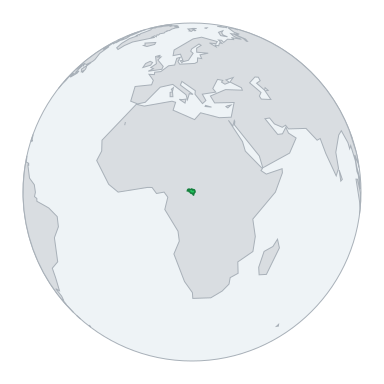 Ombella-M'Poko highlighted on a globe, orthographic projection
{"feature_id": "CAF-4856", "entity_name": "Ombella-M'Poko", "entity_type": "Prefecture", "adm_level": 1, "iso_a3": "CAF", "parent_name": "Central African Republic", "parent_adm1": "", "projection": "orthographic", "projection_center": [18.055, 4.882], "detail": "fine", "context": "on_globe", "style": "filled", "palette": "green", "viewbox_px": 384, "rotation_deg": 0, "n_neighbors": 0, "source": "natural_earth", "source_scale": "10m", "svg_char_len": 7999}
<svg xmlns="http://www.w3.org/2000/svg" viewBox="0 0 384 384"><circle cx="192" cy="192" r="169" fill="#eef3f6" stroke="#a8b0b8"/><path d="M135.4,32.8L131.3,34.3L127.2,36.0L135.4,32.8ZM96.2,52.8L99.1,50.9L105.1,47.1L107.5,45.7L114.0,42.2L113.9,42.5L110.3,45.0L105.0,48.1L103.2,49.5L109.1,46.6L99.8,53.3L95.0,59.5L92.5,61.5L86.3,64.5L84.4,63.5L76.4,69.4L82.5,65.6L76.1,71.7L75.5,73.0L76.3,72.9L79.1,70.8L77.1,73.2L70.3,77.2L72.0,75.1L74.2,73.7L73.2,73.5L68.6,77.2L65.8,80.5L61.9,84.2L59.8,86.8L58.3,88.7L66.7,78.6L75.9,69.3L85.7,60.6L96.2,52.8ZM26.7,157.0L27.0,155.8L25.2,165.5L26.9,157.0L26.3,162.1L28.5,163.2L27.9,165.3L29.5,178.1L34.3,184.7L35.4,192.3L34.5,196.6L36.8,198.4L36.9,201.3L48.8,208.0L57.2,216.6L58.4,226.8L54.4,237.7L57.7,261.8L52.3,268.2L55.6,277.7L59.5,290.8L55.7,288.7L61.6,296.1L63.4,299.8L62.2,299.4L66.2,304.2L65.5,303.9L68.9,307.4L73.7,312.6L65.0,303.5L57.1,293.7L49.9,283.4L43.5,272.6L37.9,261.3L33.2,249.7L33.1,249.3L33.0,249.2L29.0,236.4L26.0,223.4L24.0,210.2L23.1,196.8L23.3,183.5L24.5,170.2L26.7,157.0ZM76.5,315.3L79.8,318.4L80.6,319.0L76.5,315.3ZM113.6,42.3L112.5,43.0L113.6,42.3ZM120.6,38.9L118.0,40.1L117.8,40.2L120.6,38.9ZM142.3,30.8L142.5,30.6L145.1,29.8L142.3,30.8ZM154.8,27.2L151.9,27.9L150.8,28.3L148.5,28.9L150.2,28.3L154.8,27.2ZM159.0,26.3L158.4,26.4L158.2,26.5L158.5,26.4L159.0,26.3ZM162.0,25.7L160.9,25.9L160.6,26.0L162.0,25.7ZM167.9,24.8L161.6,25.9L159.3,26.3L165.8,25.1L167.9,24.8ZM89.5,326.0L88.8,325.1L90.1,326.0L90.9,326.9L89.5,326.0ZM349.9,132.0L349.0,129.6L350.9,135.6L356.2,152.1L357.5,158.0L358.8,167.5L358.2,163.7L354.8,154.9L356.8,167.1L359.5,177.1L360.5,189.2L359.6,185.6L358.3,175.0L357.0,171.6L355.4,160.9L350.7,145.6L349.7,148.8L347.9,142.6L341.3,130.7L338.7,135.1L335.8,152.3L338.5,168.4L336.2,175.9L325.8,153.5L320.2,138.5L317.1,140.2L306.0,128.4L288.5,128.9L285.5,125.2L282.3,127.3L274.4,123.9L269.6,118.0L265.0,118.7L277.7,134.4L282.5,133.8L285.8,127.3L288.5,133.1L296.1,138.0L289.6,153.1L262.8,167.8L259.3,155.9L234.5,125.0L234.8,121.5L234.7,121.1L234.3,120.4L232.9,126.1L228.4,120.3L242.5,141.6L245.3,151.1L262.4,168.6L261.0,170.6L266.3,174.1L282.1,168.7L282.4,172.8L275.4,192.1L252.8,219.1L255.3,236.5L252.9,251.5L237.8,261.9L238.1,273.3L230.2,277.6L229.0,284.1L222.1,291.1L210.8,297.8L192.8,298.4L192.4,292.6L184.5,281.5L173.9,254.0L179.3,241.1L178.0,231.2L164.8,209.5L167.8,197.2L164.1,192.1L156.5,193.5L152.1,187.5L147.5,187.4L118.1,192.1L108.7,184.3L96.7,160.5L101.7,151.0L102.0,140.2L136.3,104.3L144.3,106.1L172.0,101.2L175.6,102.3L173.1,110.2L194.6,119.6L200.6,112.8L219.3,117.7L231.2,117.2L234.1,102.5L214.6,102.9L210.4,96.0L225.5,89.6L242.4,90.2L241.4,87.7L230.0,82.0L233.2,77.5L226.0,79.9L229.4,82.4L224.9,84.2L221.5,82.1L222.8,80.4L217.5,79.4L212.8,88.5L215.8,92.1L202.3,94.2L205.9,100.5L202.5,103.6L195.0,94.2L195.3,90.7L181.9,81.4L180.4,85.1L193.0,94.4L189.3,93.7L187.5,99.7L186.0,94.7L172.8,84.4L160.2,87.2L145.2,102.3L137.6,103.9L130.7,101.2L135.1,86.5L151.6,84.8L153.3,80.3L149.0,74.3L154.4,74.6L154.7,72.2L160.8,71.6L168.6,65.8L174.7,65.0L176.8,58.3L180.3,57.3L178.0,61.4L179.7,64.2L194.8,63.4L197.4,62.0L197.6,57.9L201.7,58.6L200.0,54.8L208.2,53.2L196.7,52.2L196.6,48.2L201.1,45.3L199.0,44.0L191.7,48.9L190.7,51.2L193.1,53.3L188.4,60.3L183.4,61.6L180.5,54.2L173.1,55.6L174.1,50.0L193.1,38.9L201.6,37.2L217.3,41.6L215.9,43.7L209.5,43.0L216.2,46.9L215.3,45.0L218.7,45.8L219.5,42.9L221.9,43.4L218.5,40.0L221.6,40.3L223.7,42.4L227.5,39.2L233.7,39.6L233.4,38.7L231.3,37.6L240.6,39.2L240.0,38.5L236.7,37.7L233.2,35.9L230.8,33.6L234.1,34.2L235.5,35.1L243.3,38.5L246.4,41.3L247.5,41.4L245.6,39.1L236.1,35.0L233.6,33.5L238.4,35.1L236.5,34.4L236.4,33.9L239.3,34.1L234.2,32.3L227.9,27.7L233.1,28.4L238.0,29.9L237.3,29.2L248.9,32.9L260.2,37.4L271.2,42.7L281.7,48.8L291.8,55.6L301.3,63.2L310.3,71.4L318.7,80.2L326.4,89.6L333.4,99.5L339.7,109.9L345.2,120.8L349.9,132.0ZM125.4,122.0L124.7,125.2L125.4,122.0ZM261.3,99.1L270.9,99.5L265.0,90.8L268.2,90.4L265.1,87.7L264.6,90.2L256.6,83.2L260.2,80.7L258.3,77.2L254.9,77.0L249.6,82.8L261.0,92.5L259.4,96.1L261.3,99.1ZM28.7,163.1L28.7,165.2L28.2,165.0L28.7,163.1ZM32.4,139.7L32.5,140.9L31.8,141.3L32.4,139.7ZM31.8,138.2L33.2,134.4L32.2,139.1L31.0,141.2L31.5,139.2L31.8,138.2ZM76.5,71.4L77.0,71.2L77.3,71.7L76.0,72.5L76.5,71.4ZM85.7,68.9L82.3,72.8L83.8,70.3L81.3,71.9L81.4,69.2L91.2,62.5L86.8,65.8L85.7,68.9ZM84.3,64.4L83.1,66.4L84.0,64.5L84.3,64.4ZM150.2,61.3L152.6,62.5L150.6,65.2L142.9,67.5L145.6,63.5L150.2,61.3ZM156.4,63.7L155.6,56.5L160.4,55.2L157.9,57.1L161.1,56.9L157.9,60.0L163.2,66.4L161.8,69.3L148.3,71.2L153.4,68.7L150.8,67.5L156.4,63.7ZM145.2,44.9L145.0,43.1L155.7,42.5L154.7,44.4L146.9,46.5L143.5,45.5L145.2,44.9ZM127.3,36.2L126.5,36.4L127.9,35.9L129.6,35.2L127.3,36.2ZM145.8,29.5L146.1,29.4L142.8,30.4L145.5,29.7L140.6,31.2L142.2,30.8L132.2,35.1L130.8,35.4L126.6,38.2L121.3,40.3L124.1,38.3L116.9,42.3L117.4,41.4L112.9,44.1L119.8,39.5L119.9,39.2L121.9,38.7L126.8,36.6L128.9,35.7L135.1,33.0L137.0,32.3L145.8,29.5ZM178.6,26.4L174.4,26.5L179.1,27.5L174.2,28.1L175.1,28.1L171.8,29.1L169.4,30.6L167.0,30.8L167.1,31.3L164.9,32.1L164.2,33.0L159.8,33.8L158.5,35.1L157.1,34.8L156.2,36.8L154.9,35.7L152.0,37.1L154.8,37.4L132.6,42.0L124.3,45.6L118.0,49.5L116.7,47.8L121.6,43.4L129.7,38.5L137.9,35.7L135.8,35.7L139.1,34.4L139.4,34.9L140.9,33.5L143.7,32.6L150.9,29.8L151.4,28.8L154.0,28.0L155.2,28.0L157.0,27.2L161.1,26.8L163.1,26.3L169.1,25.7L170.2,26.4L172.4,25.8L177.0,25.6L178.6,26.4ZM169.6,24.7L172.1,24.8L170.7,25.4L160.8,26.3L158.5,26.8L152.1,28.0L154.3,27.3L155.9,27.0L158.0,26.5L156.5,26.9L159.3,26.3L161.6,26.0L164.4,25.5L169.6,24.7ZM179.3,99.3L182.0,99.6L186.1,99.1L185.0,103.1L179.3,99.3ZM170.1,92.4L172.5,91.8L172.9,96.7L170.1,96.7L170.1,92.4ZM173.4,87.6L172.5,91.4L171.3,89.3L173.4,87.6ZM180.2,60.8L182.7,60.2L183.1,61.2L181.9,62.7L180.2,60.8ZM191.4,31.4L189.2,30.9L189.9,30.5L188.0,29.0L191.5,28.7L194.0,29.5L191.4,31.4ZM231.0,105.0L227.8,107.9L225.9,106.6L227.4,105.8L231.0,105.0ZM205.5,105.4L211.5,107.1L205.1,106.5L205.5,105.4ZM194.8,30.8L193.7,30.1L196.1,30.4L194.8,30.8ZM193.9,28.4L196.7,28.6L191.7,28.5L193.9,28.4ZM278.6,324.3L278.4,326.1L276.4,326.4L278.6,324.3ZM279.4,247.9L266.4,274.4L259.1,274.8L258.7,267.3L264.1,251.4L272.9,246.5L277.5,239.2L279.4,247.9ZM359.5,214.1L359.6,212.8L360.0,209.8L360.0,210.0L359.5,214.1ZM360.0,209.7L359.6,201.9L356.0,179.1L357.4,179.2L360.5,192.8L360.4,195.2L360.6,201.5L360.0,209.7ZM339.1,169.9L342.3,179.4L340.8,181.1L339.1,169.9ZM352.1,137.9L352.2,138.4L351.4,136.0L350.9,134.7L352.1,137.9ZM222.9,30.7L221.6,32.9L223.1,35.0L227.5,36.8L220.7,35.6L218.5,32.3L222.9,30.7ZM227.0,27.8L223.1,26.8L225.0,27.0L226.2,27.3L227.0,27.8ZM224.4,27.4L219.1,26.7L217.1,26.1L221.7,26.7L224.4,27.4ZM207.1,27.8L206.4,28.4L204.5,28.0L207.1,27.8Z" fill="#d9dde1" stroke="#a8b0b8" stroke-width="1"/><path d="M195.1,191.9L195.0,192.0L194.9,192.0L194.8,192.3L194.7,192.4L194.7,192.5L194.4,192.8L194.1,193.3L194.0,193.5L193.8,193.5L193.7,193.6L193.6,193.4L193.4,193.3L193.3,193.5L193.5,193.8L193.7,194.1L193.7,194.5L193.7,194.8L193.6,195.0L193.4,194.9L193.2,194.8L193.2,194.7L192.9,194.4L192.9,194.2L192.8,193.9L192.7,193.7L192.4,193.6L192.3,193.4L192.2,193.3L191.9,193.2L191.7,193.2L191.6,193.3L191.5,193.2L191.4,193.2L191.1,193.0L190.9,193.1L190.7,193.1L190.5,192.9L190.4,192.5L190.4,192.4L190.2,192.2L189.8,192.0L189.7,191.9L189.5,191.7L189.4,191.7L189.0,191.6L188.9,191.4L189.0,191.4L189.2,191.2L189.1,190.9L188.7,190.6L188.4,190.6L188.2,190.6L187.9,190.6L187.5,190.8L187.5,190.6L187.4,190.6L187.4,190.4L187.5,190.1L187.6,189.9L187.9,189.7L188.0,189.5L188.0,189.4L188.5,189.2L188.8,189.1L188.8,189.3L189.0,189.5L190.6,189.5L191.3,189.2L191.5,189.0L191.8,189.1L191.9,189.3L192.0,189.3L192.3,189.3L192.5,189.3L192.8,189.4L193.0,189.5L192.9,189.6L193.0,189.7L193.0,189.8L193.0,190.0L193.2,189.9L193.3,189.9L193.6,189.8L193.6,189.7L193.9,189.7L194.0,189.7L194.3,189.8L194.4,190.1L194.5,190.2L194.6,190.3L194.8,190.4L194.8,190.5L194.8,191.0L194.7,191.0L194.8,191.2L195.0,191.5L195.1,191.8L195.1,191.9Z" fill="#22c55e" stroke="#15803d" stroke-width="1.5"/></svg>